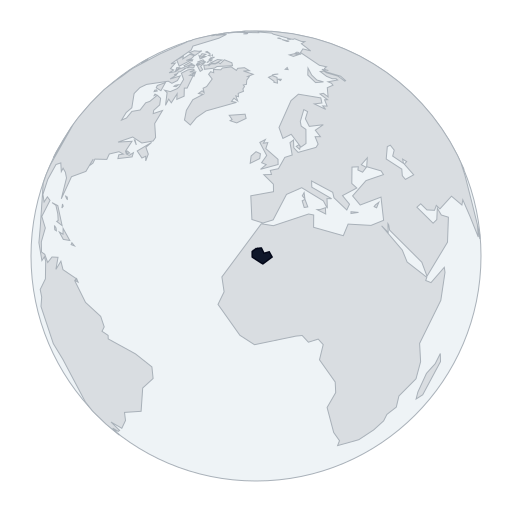 Tindouf highlighted on a globe, orthographic projection
{"feature_id": "DZA-2150", "entity_name": "Tindouf", "entity_type": "Province", "adm_level": 1, "iso_a3": "DZA", "parent_name": "Algeria", "parent_adm1": "", "projection": "orthographic", "projection_center": [-7.582, 27.544], "detail": "fine", "context": "on_globe", "style": "filled", "palette": "ink", "viewbox_px": 512, "rotation_deg": 0, "n_neighbors": 0, "source": "natural_earth", "source_scale": "10m", "svg_char_len": 10091}
<svg xmlns="http://www.w3.org/2000/svg" viewBox="0 0 512 512"><circle cx="256" cy="256" r="225" fill="#eef3f6" stroke="#a8b0b8"/><path d="M71.2,127.1L78.2,117.6L78.6,117.1L90.8,102.9L104.0,89.7L122.3,75.5L117.0,79.7L122.3,76.1L129.3,70.8L132.6,68.4L160.4,53.7L184.9,42.9L188.3,41.2L190.9,40.8L192.9,39.7L196.8,38.6L197.6,38.4L214.2,34.6L216.7,34.2L211.1,35.7L212.7,35.7L218.6,34.3L225.1,33.5L216.2,35.4L226.5,34.4L218.9,38.2L192.9,46.1L191.2,50.0L171.0,63.8L175.4,63.0L170.5,68.6L173.7,70.0L169.1,72.8L175.7,71.6L179.3,68.9L183.4,67.6L185.6,68.4L180.1,71.8L178.2,71.9L177.7,73.4L174.0,74.9L177.1,74.6L170.1,79.0L180.2,75.9L177.4,80.6L171.9,83.3L168.3,81.2L146.6,84.4L139.9,87.6L134.1,93.5L131.8,107.8L126.2,112.5L121.5,120.1L126.5,118.0L131.9,111.4L140.1,110.0L145.7,102.8L149.8,101.4L157.3,95.2L160.6,98.3L159.7,104.9L153.7,110.3L153.2,113.6L162.5,110.5L154.7,123.5L155.6,137.5L153.1,141.0L141.8,143.0L132.7,137.0L118.0,142.1L132.0,141.3L125.5,151.1L126.3,154.0L129.2,155.3L133.4,152.7L132.1,156.9L117.9,158.6L118.8,154.8L123.3,154.1L119.0,151.7L109.3,154.0L106.8,159.4L94.9,159.1L92.9,163.2L89.2,165.8L93.2,159.1L85.9,171.4L71.5,176.7L61.3,198.8L66.5,178.0L65.4,172.3L63.1,168.2L61.3,171.6L60.8,162.9L56.0,164.5L47.8,179.3L42.9,194.4L44.1,202.0L47.4,196.8L50.0,200.4L41.8,216.4L45.3,228.0L41.3,241.9L41.5,252.0L44.8,254.4L47.7,262.5L52.0,257.0L58.0,257.3L55.9,269.4L60.9,261.2L63.0,269.7L76.2,278.6L74.7,280.6L85.5,302.4L100.7,316.4L104.2,326.9L102.0,331.3L108.1,335.4L108.2,338.9L135.5,353.9L151.9,366.9L153.1,378.5L142.7,388.0L141.1,411.3L124.5,412.4L125.5,420.5L121.8,428.3L111.0,422.0L119.6,430.4L118.2,431.4L112.7,428.1L116.5,432.0L112.7,429.4L118.6,434.2L119.4,435.2L106.0,424.1L93.4,411.9L92.0,410.4L85.3,401.8L67.8,368.7L62.9,359.4L53.3,343.6L41.0,306.5L41.7,297.1L40.2,289.5L45.4,278.9L45.7,261.3L44.4,256.8L41.9,260.6L38.9,242.7L40.2,227.8L43.2,183.1L46.2,174.4L50.5,164.6L73.1,124.6L53.3,157.7L56.1,152.1L71.2,127.1ZM57.8,205.6L62.1,225.6L56.7,221.4L58.2,220.5L57.8,213.8L55.9,205.3L52.0,202.6L57.8,205.6ZM66.4,198.1L65.4,195.6L66.8,197.2L66.4,198.1ZM133.6,67.6L129.1,70.9L121.8,76.2L125.1,73.4L133.6,67.6ZM148.0,58.9L146.8,59.9L140.9,62.9L143.5,61.3L148.0,58.9ZM187.0,41.6L186.0,41.9L186.5,41.7L187.0,41.6ZM155.0,94.1L156.1,94.7L154.2,95.5L155.0,94.1ZM157.2,91.0L154.1,91.6L154.7,90.2L156.6,89.9L157.2,91.0ZM224.3,33.1L228.8,32.5L223.2,33.3L224.3,33.1ZM160.9,90.7L156.2,87.8L157.3,85.5L165.4,82.6L160.9,90.7ZM230.8,32.4L241.9,31.7L243.4,31.3L245.3,32.5L235.3,32.3L228.1,33.1L231.7,32.5L230.8,32.4ZM179.5,67.7L175.7,70.6L176.8,67.6L179.5,67.7ZM179.2,66.2L176.7,59.8L183.3,56.3L182.8,58.9L189.8,54.3L194.3,55.6L191.5,58.5L186.3,60.4L192.0,59.6L179.2,66.2ZM244.6,33.6L246.4,33.9L243.4,33.9L244.6,33.6ZM185.1,66.9L184.0,65.7L189.7,62.5L193.0,64.3L190.1,64.7L185.1,66.9ZM189.5,52.6L194.3,50.8L199.3,51.3L201.8,50.8L195.0,55.4L189.5,52.6ZM189.9,65.9L194.5,65.4L193.8,67.7L186.6,67.9L189.9,65.9ZM189.9,61.0L192.7,59.7L192.2,61.0L189.9,61.0ZM194.0,76.3L192.6,74.6L195.4,72.7L194.0,76.3ZM196.3,65.1L196.5,64.3L197.4,63.5L200.2,63.7L196.3,65.1ZM199.0,55.6L200.1,56.4L202.0,53.7L205.9,54.3L200.6,57.4L204.5,56.4L205.7,56.6L200.1,58.9L199.0,55.6ZM205.9,61.6L200.6,66.3L202.7,69.7L200.2,71.4L197.3,65.7L205.9,61.6ZM203.0,59.8L204.3,61.2L200.5,62.4L197.3,62.1L203.0,59.8ZM210.3,53.8L205.8,52.0L207.1,51.4L210.3,53.8ZM207.3,62.3L208.5,61.2L207.9,62.4L207.3,62.3ZM210.2,56.0L208.4,55.4L210.0,54.7L210.2,56.0ZM212.5,59.6L210.8,61.1L208.6,60.8L212.5,59.6ZM212.1,57.8L214.6,57.1L208.8,59.9L211.0,57.6L212.1,57.8ZM211.9,55.5L212.3,54.9L212.5,55.9L211.9,55.5ZM221.9,60.0L215.2,63.6L210.3,63.0L217.5,59.5L221.9,60.0ZM271.7,31.3L270.4,31.2L272.1,31.3L292.7,33.7L312.9,38.0L314.3,38.4L315.9,38.8L330.9,43.5L345.5,49.3L359.8,56.0L373.5,63.8L386.6,72.4L399.1,82.0L410.9,92.4L421.9,103.6L432.2,115.6L441.5,128.2L450.0,141.5L457.5,155.3L464.1,169.6L461.2,163.7L464.9,175.1L472.5,204.9L477.4,224.7L478.3,237.1L470.0,216.4L462.8,199.8L461.9,205.0L451.5,196.2L439.9,208.9L436.3,205.4L434.5,210.3L426.9,209.9L420.7,203.8L416.9,207.2L433.1,223.2L436.8,219.6L437.3,208.2L441.3,215.0L448.4,217.2L447.5,242.2L427.0,276.2L421.8,262.2L389.6,230.1L388.7,225.0L388.5,224.5L387.9,223.6L388.2,232.4L381.6,225.8L402.3,250.1L407.1,262.0L426.8,277.3L425.7,280.5L431.0,282.6L444.3,267.3L445.0,272.4L440.8,300.4L419.6,343.4L420.6,361.7L416.0,378.8L398.9,396.0L396.3,407.1L386.9,414.4L383.6,420.9L373.7,429.9L358.8,439.7L337.6,445.6L339.5,440.7L333.7,432.5L327.1,407.5L335.7,392.6L335.2,382.0L319.5,359.8L323.2,344.6L318.2,339.1L308.4,342.2L302.2,335.5L295.9,336.1L254.5,344.7L239.9,335.3L218.0,304.4L224.1,291.8L221.9,276.9L261.3,223.8L273.4,225.7L308.6,214.0L313.7,215.0L313.6,227.3L343.3,235.7L348.1,224.1L371.0,225.4L383.6,220.3L381.0,197.1L360.2,205.0L352.6,195.9L366.0,180.6L383.5,174.6L381.1,170.9L366.7,166.7L367.3,157.8L361.3,164.7L366.3,167.4L362.6,172.2L357.9,170.0L358.3,166.8L352.0,167.1L351.8,183.5L356.8,188.0L342.5,195.6L349.5,204.2L346.8,210.0L334.0,197.8L332.7,192.3L311.6,181.0L311.8,187.2L331.6,198.7L327.0,198.6L327.3,208.3L323.4,200.9L301.7,187.7L286.5,194.4L273.1,219.9L263.0,223.0L251.9,219.5L250.8,195.8L273.5,191.7L273.4,184.2L263.8,174.7L271.5,174.5L270.3,170.4L278.4,168.7L284.8,157.4L292.2,155.0L290.0,142.6L293.5,140.0L293.8,147.8L298.1,152.4L316.0,147.4L318.1,144.1L315.1,136.7L320.4,136.7L315.3,130.2L323.3,124.7L309.3,126.4L305.4,118.8L307.6,111.6L303.8,109.6L300.3,121.5L301.2,126.1L305.9,129.4L306.0,143.5L300.9,147.1L291.2,134.3L282.9,138.4L279.0,127.5L291.0,100.6L298.4,94.2L320.8,97.9L321.9,103.0L314.3,103.9L325.7,109.4L322.7,105.9L327.1,106.1L324.6,99.8L327.5,99.7L320.0,94.0L323.4,93.3L328.1,96.9L327.3,87.7L333.0,85.2L331.4,83.2L328.0,81.8L337.6,80.0L336.0,78.7L332.2,78.7L326.5,76.3L320.2,71.5L323.8,71.1L326.6,72.8L337.9,76.1L344.8,81.2L345.6,80.6L340.6,76.2L326.7,72.0L321.9,69.3L328.4,70.5L325.6,69.8L324.4,68.4L326.5,66.8L319.4,65.3L300.5,52.5L302.9,48.9L310.7,50.9L301.4,43.7L304.8,41.6L301.3,41.4L294.5,38.7L293.3,39.3L291.2,39.1L273.1,34.1L271.7,33.1L260.1,32.1L258.3,32.2L258.6,32.7L245.3,32.5L243.4,31.3L247.6,31.0L243.6,31.1L243.8,31.1L271.7,31.3ZM252.2,250.9L252.2,255.5L252.2,250.9ZM405.4,179.4L413.7,174.8L404.3,164.1L406.7,161.6L402.6,159.1L403.5,163.4L392.7,156.1L394.2,150.1L390.3,145.2L387.3,146.6L386.2,159.0L401.8,169.1L402.3,175.7L405.4,179.4ZM76.7,278.7L78.1,282.2L75.7,280.8L76.7,278.7ZM54.4,225.5L56.0,227.9L56.4,230.8L54.8,229.8L54.4,225.5ZM71.9,242.7L74.5,245.9L71.1,244.6L71.9,242.7ZM63.1,228.4L69.8,240.5L63.3,239.4L59.3,232.0L63.0,234.2L63.1,228.4ZM62.5,204.0L63.2,206.2L61.9,208.0L62.5,204.0ZM67.4,199.3L66.9,199.0L67.2,196.6L67.4,199.3ZM126.3,151.0L127.4,151.0L129.7,153.0L127.3,153.6L126.3,151.0ZM148.3,154.1L145.7,160.9L145.8,156.2L141.9,158.0L137.2,151.0L151.6,142.4L145.9,147.3L148.3,154.1ZM135.0,140.0L136.3,144.9L134.3,139.9L135.0,140.0ZM256.0,151.7L260.4,153.7L259.7,158.6L250.2,163.3L251.1,156.0L256.0,151.7ZM266.7,155.5L259.8,142.4L265.4,139.5L263.4,143.2L267.8,142.6L265.8,148.6L278.0,159.3L278.1,164.5L260.5,169.3L266.2,164.6L261.6,162.7L266.7,155.5ZM232.1,119.5L229.2,115.3L245.1,114.2L246.1,118.4L236.7,122.9L230.1,120.7L232.1,119.5ZM176.1,86.7L173.9,86.3L175.5,85.2L178.6,84.7L176.1,86.7ZM193.1,75.7L187.1,88.1L184.3,88.1L184.1,96.2L176.8,99.4L177.1,93.8L171.3,102.8L168.7,99.1L165.5,105.3L167.1,92.7L164.6,90.2L170.3,91.6L177.1,88.7L179.3,86.7L183.6,79.4L181.4,73.2L187.8,69.9L193.0,69.1L194.5,70.1L189.8,71.9L195.2,71.9L189.6,75.3L193.1,75.7ZM249.5,70.7L243.4,71.0L253.2,74.3L247.7,76.5L249.2,76.8L246.8,80.0L246.4,84.4L243.3,85.0L244.5,86.6L242.9,88.9L243.5,91.3L238.2,93.4L238.5,96.7L235.8,95.9L237.7,101.0L233.9,98.2L231.5,101.4L236.5,102.4L206.1,110.9L196.4,117.6L190.3,125.0L184.5,120.0L186.4,110.3L192.8,99.7L203.0,94.4L198.5,93.5L202.1,90.8L204.1,92.6L203.1,88.2L206.6,86.6L212.2,79.0L208.6,74.3L210.6,71.7L213.7,72.7L213.5,69.5L220.8,69.8L222.4,68.0L231.2,66.9L236.4,70.4L237.7,68.3L244.5,67.7L249.5,70.7ZM224.4,59.8L231.9,62.8L232.5,65.7L217.0,66.5L214.5,68.1L204.5,69.3L203.8,65.2L206.7,65.2L209.4,64.2L208.6,65.9L211.2,63.9L215.3,63.9L218.5,62.4L220.1,63.7L224.4,59.8ZM317.1,209.6L320.5,209.4L325.4,207.7L325.7,214.0L317.1,209.6ZM302.2,200.8L305.0,199.4L307.8,206.9L304.2,207.5L302.2,200.8ZM304.1,192.6L304.9,198.8L302.3,195.8L304.1,192.6ZM296.2,146.4L298.9,144.8L300.1,146.4L299.7,149.3L296.2,146.4ZM277.5,83.1L273.9,82.3L274.1,81.3L268.5,77.3L272.2,75.6L277.0,77.4L277.5,83.1ZM378.8,202.3L376.6,207.8L374.1,206.6L375.4,204.9L378.8,202.3ZM351.0,211.7L358.5,212.4L351.0,213.5L351.0,211.7ZM280.5,80.6L277.8,79.1L281.3,79.3L280.5,80.6ZM274.6,74.3L278.3,74.0L272.0,75.0L274.6,74.3ZM440.5,361.6L422.7,394.8L416.1,399.0L417.9,392.0L426.5,373.3L435.2,363.7L440.3,353.5L440.5,361.6ZM477.8,226.0L479.8,234.9L479.9,239.0L477.8,226.0ZM308.0,68.1L311.7,75.1L316.8,80.0L323.5,81.9L315.6,82.6L307.8,75.1L308.0,68.1ZM301.1,54.3L295.2,53.2L296.6,52.2L298.1,52.3L301.1,54.3ZM298.4,54.7L293.4,56.4L289.3,54.9L294.1,53.8L298.4,54.7ZM287.2,67.5L288.1,69.6L285.2,69.3L287.2,67.5ZM248.0,33.5L246.6,33.8L246.2,33.4L248.0,33.5ZM290.7,39.5L287.7,39.1L287.4,38.4L290.7,39.5ZM279.1,38.0L281.5,39.0L277.4,38.1L279.1,38.0ZM287.3,41.5L281.8,39.5L289.2,41.2L287.3,41.5Z" fill="#d9dde1" stroke="#a8b0b8" stroke-width="1"/><path d="M262.8,263.9L262.3,263.6L261.7,263.2L261.1,262.9L260.5,262.5L259.8,262.0L259.1,261.6L258.4,261.1L257.7,260.7L257.0,260.2L256.3,259.8L255.6,259.3L254.9,258.8L254.2,258.4L253.5,257.9L252.8,257.5L252.2,257.0L252.2,256.6L252.2,256.3L252.2,255.9L252.2,255.5L252.2,255.3L252.2,255.0L252.2,254.8L252.2,254.6L252.2,254.3L252.2,254.1L252.2,253.9L252.2,253.6L252.2,253.4L252.2,253.2L252.2,252.9L252.2,252.7L252.2,252.2L252.2,251.8L252.2,251.6L252.3,251.4L252.8,251.1L253.1,250.9L253.2,250.6L253.3,250.6L253.5,250.5L253.7,250.3L253.9,250.1L254.3,250.0L254.4,249.9L254.8,249.6L255.1,249.3L255.3,249.1L255.5,249.1L255.8,248.8L255.9,248.7L256.0,248.8L256.3,248.8L256.4,248.7L256.8,248.8L257.1,248.4L257.5,248.3L257.8,248.2L258.1,248.3L258.7,248.5L259.0,248.2L259.5,248.2L260.0,248.0L260.5,248.0L261.0,248.0L261.4,248.0L264.0,253.3L269.2,251.8L272.1,257.0L262.9,263.9L262.8,263.9Z" fill="#0f172a" stroke="#020617" stroke-width="1.5"/></svg>